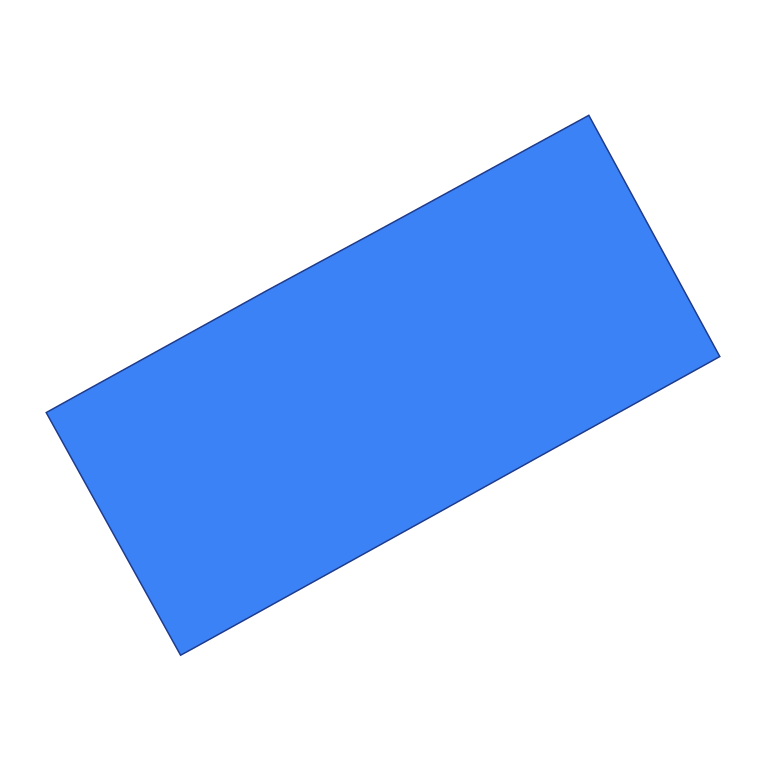 outline of Dickey, North Dakota, United States of America, rotated 151°
{"feature_id": "52423323B72146276319196", "entity_name": "Dickey", "entity_type": "district", "adm_level": 2, "iso_a3": "USA", "parent_name": "United States of America", "parent_adm1": "North Dakota", "projection": "equal_earth", "projection_center": [-98.514, 46.11], "detail": "fine", "context": "isolated", "style": "filled", "palette": "blue", "viewbox_px": 768, "rotation_deg": 151, "n_neighbors": 0, "source": "geoboundaries", "source_scale": "gbopen_adm2", "svg_char_len": 372}
<svg xmlns="http://www.w3.org/2000/svg" viewBox="0 0 768 768"><g transform="rotate(151 384 384)"><path d="M77.0,245.2L74.6,519.7L136.8,520.1L137.4,520.1L249.1,520.7L310.5,521.1L383.9,521.9L441.3,522.5L583.2,522.7L583.9,522.7L654.6,522.8L693.3,522.8L693.4,245.4L676.2,245.3L386.5,245.2L288.4,245.3L77.0,245.2Z" fill="#3b82f6" stroke="#1e3a8a" stroke-width="1.5"/></g></svg>